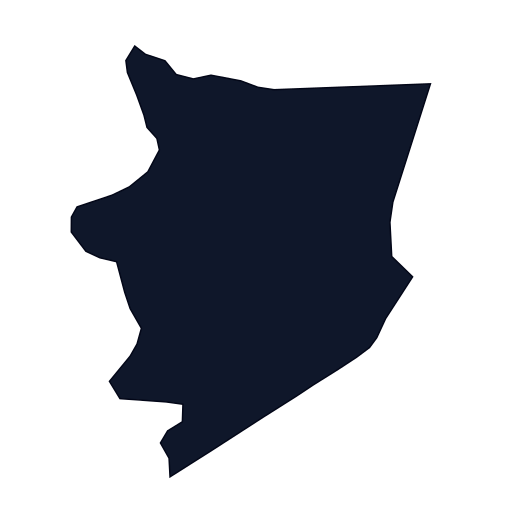 Lagoa de Itaenga, Pernambuco, Brazil, rotated 267°
{"feature_id": "56859067B83108887240986", "entity_name": "Lagoa de Itaenga", "entity_type": "district", "adm_level": 2, "iso_a3": "BRA", "parent_name": "Brazil", "parent_adm1": "Pernambuco", "projection": "equal_earth", "projection_center": [-35.295, -7.91], "detail": "fine", "context": "isolated", "style": "filled", "palette": "ink", "viewbox_px": 512, "rotation_deg": 267, "n_neighbors": 0, "source": "geoboundaries", "source_scale": "gbopen_adm2", "svg_char_len": 831}
<svg xmlns="http://www.w3.org/2000/svg" viewBox="0 0 512 512"><g transform="rotate(267 256 256)"><path d="M289.6,72.8L269.6,86.4L262.4,100.0L257.6,116.5L226.6,123.0L210.0,127.6L189.8,137.8L174.3,132.6L162.6,125.1L138.5,103.1L120.7,112.7L115.0,158.6L111.8,175.3L94.3,173.8L86.0,158.6L74.3,150.8L58.6,158.6L40.0,158.6L64.6,202.3L94.8,254.9L113.6,288.4L124.2,306.3L138.5,332.0L149.7,351.2L158.7,364.6L168.1,372.3L186.8,382.2L208.6,398.0L227.0,411.3L248.4,391.5L265.9,391.5L282.7,391.5L302.7,395.5L418.8,439.2L421.1,282.8L424.4,266.7L431.7,250.0L438.9,220.5L436.1,202.6L441.4,185.8L455.7,175.3L463.2,156.1L472.0,145.9L458.0,136.3L446.0,137.2L423.0,145.3L402.5,151.5L390.1,153.9L378.6,163.2L366.9,165.1L345.7,152.4L331.7,133.2L324.3,115.5L314.4,79.9L304.5,73.7L289.6,72.8Z" fill="#0f172a" stroke="#020617" stroke-width="1.5"/></g></svg>